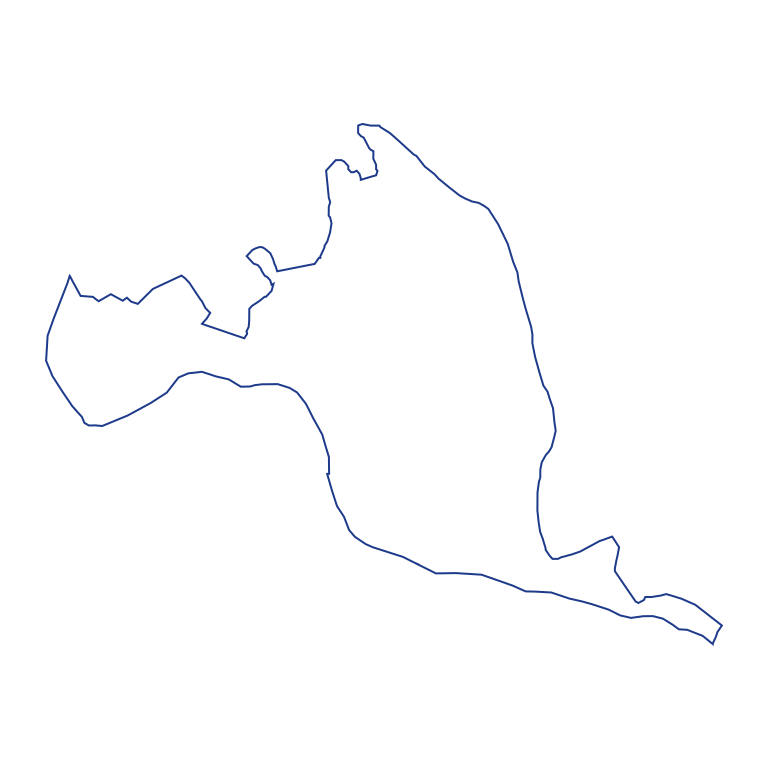 the district of Alfath, Asyut, Egypt
{"feature_id": "37247803B50219622339720", "entity_name": "Alfath", "entity_type": "district", "adm_level": 2, "iso_a3": "EGY", "parent_name": "Egypt", "parent_adm1": "Asyut", "projection": "natural_earth1", "projection_center": [31.209, 27.218], "detail": "fine", "context": "isolated", "style": "outline", "palette": "blue", "viewbox_px": 768, "rotation_deg": 0, "n_neighbors": 0, "source": "geoboundaries", "source_scale": "gbopen_adm2", "svg_char_len": 3557}
<svg xmlns="http://www.w3.org/2000/svg" viewBox="0 0 768 768"><path d="M69.7,275.9L67.5,282.9L53.6,318.8L47.6,335.8L46.1,360.8L52.5,376.2L62.8,392.2L72.3,406.2L77.1,411.6L77.3,411.8L81.9,416.9L84.4,422.9L88.9,425.5L95.7,425.4L102.2,426.0L127.7,415.5L150.7,403.0L166.8,392.6L178.5,377.5L188.4,373.3L196.2,372.5L201.8,371.8L210.6,374.6L210.8,374.7L215.6,376.3L228.8,379.4L240.8,386.7L250.1,386.5L255.1,385.1L262.0,384.3L271.4,384.2L277.6,384.1L289.6,387.9L297.1,392.5L306.0,403.9L313.4,418.6L317.2,425.4L322.3,434.7L325.6,446.2L328.9,457.0L329.1,473.8L327.2,473.9L328.1,477.1L331.8,490.0L337.0,506.1L344.0,516.8L349.2,530.2L354.9,536.8L365.7,544.1L373.0,547.3L403.2,557.0L407.7,559.3L413.3,562.1L417.6,564.1L417.4,564.2L422.7,566.8L435.9,573.4L436.0,573.4L442.9,573.3L455.9,573.1L456.0,573.1L460.4,573.4L462.1,573.5L467.3,573.8L481.5,574.7L512.9,585.7L519.8,588.8L524.8,591.0L525.6,591.4L535.3,591.6L551.3,592.5L569.5,598.6L581.9,601.4L591.7,604.1L608.8,609.7L620.2,615.4L631.0,617.9L643.4,616.2L652.9,616.1L663.0,618.7L672.6,624.7L678.9,629.3L687.2,629.8L702.7,635.9L712.7,644.0L712.7,643.9L713.2,642.6L716.0,636.6L717.4,632.1L719.6,628.9L721.9,625.5L695.3,604.8L681.4,598.7L671.7,595.7L666.2,594.1L662.0,595.2L660.6,595.6L650.9,597.1L649.5,597.0L645.3,597.0L645.1,597.5L643.9,600.0L638.4,603.0L635.6,601.5L632.3,596.7L614.9,571.2L614.9,568.2L616.3,560.8L617.7,554.7L619.1,547.2L612.2,536.6L607.1,538.4L603.9,539.6L599.7,541.0L591.4,545.5L585.8,548.5L580.3,551.5L571.9,554.4L560.8,557.4L558.0,558.9L552.5,558.9L549.7,555.8L545.6,549.8L545.6,548.3L543.7,542.1L542.9,539.2L540.1,531.7L538.7,522.6L537.4,510.6L537.5,492.5L538.9,482.0L540.3,477.4L540.3,469.9L541.7,462.4L545.9,454.9L548.7,451.9L551.5,447.4L554.3,436.8L554.7,435.1L555.7,430.8L554.4,421.8L553.0,408.2L549.7,398.8L547.5,391.6L543.4,385.6L539.3,372.0L535.1,356.9L532.4,343.3L532.4,334.3L531.1,326.7L525.6,308.6L523.5,300.7L522.8,298.1L518.7,281.5L517.4,272.4L513.2,261.9L507.7,243.8L498.1,224.1L488.4,209.0L484.3,206.0L478.7,202.9L471.8,201.4L464.9,198.4L459.3,195.3L449.6,187.7L438.5,178.6L434.4,174.1L424.7,166.5L416.4,155.9L413.6,154.4L397.0,139.3L390.1,133.2L380.4,127.1L379.3,125.6L370.7,125.6L362.3,124.0L358.2,125.5L358.1,133.0L360.9,136.1L363.7,137.6L369.2,148.2L370.6,149.7L373.4,151.2L373.3,158.7L376.1,164.8L376.1,169.3L377.5,170.8L376.1,175.3L370.8,176.8L360.8,179.8L360.8,178.3L359.4,173.7L358.0,172.2L356.6,170.7L353.8,172.2L351.1,172.2L348.3,169.2L348.3,166.1L344.2,161.6L341.4,160.1L335.8,160.1L334.4,161.6L328.9,167.6L326.1,170.6L328.8,197.7L330.2,202.2L328.8,206.7L328.7,215.8L330.1,217.3L331.5,223.3L330.1,232.3L327.3,241.4L324.5,245.9L324.5,247.4L320.3,256.4L320.3,257.9L318.9,257.9L314.7,263.9L291.3,268.5L277.2,271.3L275.8,266.7L274.4,263.7L273.1,259.2L270.3,253.2L264.7,248.6L262.0,247.1L259.2,247.1L255.0,248.6L252.3,250.1L250.9,251.6L248.1,254.6L246.7,256.1L249.4,259.1L253.6,263.6L257.8,265.1L260.5,268.2L261.9,271.2L264.7,275.7L267.4,277.2L270.2,280.3L271.6,284.8L273.5,283.8L271.6,290.8L266.0,296.8L264.6,296.8L259.0,301.3L252.1,305.8L249.3,308.8L249.2,320.5L248.7,326.9L246.5,331.4L247.1,333.2L246.8,334.4L246.0,335.6L244.3,338.3L203.2,324.3L202.0,323.8L206.6,318.7L210.2,312.9L207.4,310.1L205.3,307.9L201.9,301.1L200.5,299.6L189.4,282.9L185.2,278.4L181.5,275.6L152.9,288.9L151.0,290.8L137.8,303.9L135.9,303.2L131.2,301.7L126.9,297.7L122.7,300.7L110.9,294.2L106.3,296.8L101.4,299.6L98.6,301.2L97.4,300.3L96.1,299.4L92.9,296.8L90.8,296.7L80.6,295.9L73.1,282.2L72.5,281.1L71.6,279.3L71.0,278.2L69.9,276.1L69.7,275.9Z" fill="none" stroke="#1e3a8a" stroke-width="2"/></svg>